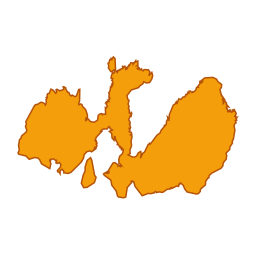 Banggai Kepulauan, Sulawesi Tengah, Indonesia, rotated 184°
{"feature_id": "22746128B2571336805106", "entity_name": "Banggai Kepulauan", "entity_type": "district", "adm_level": 2, "iso_a3": "IDN", "parent_name": "Indonesia", "parent_adm1": "Sulawesi Tengah", "projection": "albers", "projection_center": [123.185, -1.399], "detail": "fine", "context": "isolated", "style": "filled", "palette": "amber", "viewbox_px": 256, "rotation_deg": 184, "n_neighbors": 0, "source": "geoboundaries", "source_scale": "gbopen_adm2", "svg_char_len": 5887}
<svg xmlns="http://www.w3.org/2000/svg" viewBox="0 0 256 256"><g transform="rotate(184 128 128)"><path d="M127.5,58.1L125.4,59.0L124.6,68.6L120.5,74.0L121.2,74.9L120.2,75.5L118.5,74.6L116.9,70.2L109.1,61.4L103.5,64.1L100.5,64.1L96.5,65.5L97.4,65.6L96.0,66.6L95.0,65.6L92.5,66.4L88.9,66.2L84.6,69.6L81.4,70.2L80.9,70.8L81.4,70.4L82.2,70.2L81.6,70.9L80.1,71.7L79.5,71.5L80.3,70.6L75.5,73.5L73.5,73.3L73.2,75.6L72.5,75.4L71.8,76.9L69.0,74.8L67.0,70.9L64.6,68.3L55.2,66.9L53.2,67.5L51.6,69.6L51.4,72.1L46.8,76.6L46.8,80.1L44.8,83.7L43.9,83.9L43.7,86.3L41.3,88.8L32.4,94.3L30.6,97.1L30.8,98.9L29.6,101.5L27.9,103.5L27.6,107.4L28.5,109.7L25.1,113.6L24.9,116.4L22.8,120.2L23.1,122.0L22.1,124.2L21.2,133.3L22.3,137.3L22.0,139.3L20.5,140.8L21.5,142.9L20.1,143.5L20.9,144.7L20.0,146.1L21.1,145.7L21.1,147.1L22.2,147.2L21.0,150.0L23.4,153.9L25.1,153.2L24.0,152.0L25.9,151.0L26.6,152.1L27.6,151.6L27.6,153.1L28.8,152.4L27.8,151.8L28.0,151.3L29.6,151.2L30.2,153.9L31.2,154.3L31.2,156.2L29.1,156.0L31.5,158.5L32.3,158.3L31.4,158.8L31.6,159.9L34.5,163.0L34.0,161.7L34.4,161.6L34.2,159.7L34.7,159.1L34.7,162.6L35.6,162.7L34.9,163.5L36.1,164.4L34.2,163.8L36.6,166.8L36.7,166.1L39.0,172.6L37.7,175.0L37.6,178.0L41.4,180.4L43.1,182.9L46.9,184.4L55.0,183.3L58.6,180.0L57.9,179.0L57.0,179.4L57.5,178.4L58.1,178.0L59.5,179.1L59.5,176.9L61.3,174.4L60.7,173.5L62.5,173.2L63.0,170.7L64.8,168.7L65.7,168.2L65.6,168.7L66.5,169.0L65.8,168.4L66.7,167.8L68.2,169.2L69.6,169.1L69.6,168.0L70.6,167.9L69.9,166.9L71.1,166.7L71.7,164.8L71.8,165.6L72.7,165.4L73.4,162.9L75.2,162.8L77.2,160.2L79.4,160.6L80.6,156.3L81.2,155.9L81.7,157.4L82.9,155.0L84.4,154.1L87.7,144.1L87.7,138.6L88.5,138.9L88.6,141.1L89.3,141.7L88.8,139.9L90.0,137.6L90.1,134.2L91.7,133.2L91.2,132.9L94.7,128.2L95.7,125.3L98.7,122.7L104.4,113.8L105.5,114.3L105.7,113.2L106.7,113.0L109.9,105.0L111.4,104.0L113.5,98.7L113.0,102.9L113.7,105.5L116.0,104.0L117.4,100.7L119.3,99.5L121.6,99.4L126.0,101.2L124.0,102.7L124.6,105.9L123.2,110.5L124.0,115.0L123.4,119.4L123.8,121.0L125.8,121.4L123.8,121.7L124.4,123.9L126.6,124.4L125.9,126.0L126.9,127.7L125.7,127.7L125.4,128.7L126.9,132.1L126.2,132.3L126.4,134.3L127.9,136.1L126.3,141.2L125.9,139.0L125.3,143.1L125.9,143.8L126.3,142.3L127.8,143.1L128.0,146.2L129.0,147.8L128.4,149.4L129.6,151.9L128.9,155.7L130.1,156.3L131.3,160.2L127.3,166.2L120.1,169.1L119.7,170.4L116.3,173.1L115.5,175.2L113.0,174.2L109.7,174.8L107.7,178.4L107.0,182.0L108.1,185.1L110.8,181.6L110.1,185.5L111.8,187.5L116.0,187.4L116.9,186.1L118.2,186.7L118.6,187.9L120.0,186.8L120.8,188.4L121.9,187.3L122.9,187.9L121.8,188.9L122.6,190.9L123.4,190.8L122.5,191.5L122.9,195.5L125.2,194.3L125.2,195.3L127.3,192.0L127.5,193.3L129.9,193.2L130.8,190.4L131.4,190.9L132.5,188.5L133.7,187.9L132.8,187.7L133.5,186.5L134.1,186.3L133.9,187.4L134.8,186.4L133.9,188.1L134.7,187.6L135.5,189.5L136.8,188.4L138.0,189.7L137.2,187.0L139.0,186.6L140.0,185.3L140.7,185.7L142.1,183.6L142.1,184.5L142.4,184.5L142.7,182.8L144.4,184.6L145.8,196.4L147.6,197.9L148.5,196.2L149.5,196.3L148.9,195.1L149.9,194.9L149.8,195.6L151.0,194.8L151.5,191.7L152.5,191.2L151.4,188.1L151.8,186.6L149.1,183.1L148.2,183.0L146.1,185.0L145.2,182.8L146.3,181.5L147.2,182.3L148.3,178.6L148.3,176.4L146.7,176.3L147.5,174.3L146.7,173.9L146.2,171.8L146.9,171.3L146.1,170.4L146.6,169.4L147.5,170.5L147.0,168.1L147.8,167.1L148.3,167.6L148.4,164.3L149.7,161.5L149.0,160.9L149.3,158.3L148.1,156.6L148.4,155.6L148.6,155.5L148.3,156.5L149.0,157.1L148.8,154.9L150.1,154.4L148.9,153.1L151.4,152.7L152.0,151.4L150.9,151.5L151.3,150.1L150.1,148.4L151.1,146.5L152.0,146.9L151.3,140.1L154.1,140.2L154.3,139.5L155.5,140.5L156.7,140.2L158.6,138.5L158.9,133.8L162.0,131.4L165.7,131.7L168.6,134.4L169.8,134.0L169.8,133.3L170.3,132.6L170.7,132.5L170.6,135.1L169.2,135.5L169.4,138.2L171.5,143.4L174.9,146.4L175.6,148.2L176.9,148.7L178.6,147.8L178.9,148.7L178.2,151.5L178.8,163.3L179.9,162.9L181.7,156.3L183.3,155.6L186.0,157.0L186.9,156.0L188.2,156.8L189.5,159.4L190.6,159.4L192.6,162.2L193.0,163.8L194.9,164.7L195.6,164.5L194.6,162.5L196.0,161.4L198.7,160.4L201.6,161.7L202.5,161.0L201.6,159.3L202.5,157.6L205.3,160.5L207.6,161.4L209.0,157.1L210.5,156.6L211.0,155.6L210.7,153.5L211.6,152.8L210.8,152.4L211.8,150.7L211.2,147.8L212.0,145.2L213.6,147.0L216.5,147.7L220.4,145.0L221.8,145.0L223.0,143.5L230.4,127.1L229.6,124.8L230.4,122.4L228.9,119.1L229.1,117.1L233.7,112.5L234.0,110.4L235.4,108.8L236.0,103.0L234.9,98.4L236.0,95.4L235.1,94.2L227.9,93.0L224.4,89.9L219.2,92.0L215.8,91.8L213.9,90.2L211.8,86.3L203.2,82.0L202.5,87.1L204.2,91.0L203.0,89.9L202.7,91.5L199.7,91.9L197.2,89.9L197.3,90.3L197.1,90.5L197.0,89.3L197.5,88.3L195.9,87.7L194.1,88.7L192.5,87.0L192.6,84.4L195.5,80.5L195.0,79.3L193.7,79.2L192.6,77.6L192.7,80.8L190.9,82.2L189.1,80.5L188.9,78.8L184.4,78.5L181.6,80.0L172.0,91.1L170.2,95.1L169.9,98.3L167.4,101.5L164.5,102.5L162.6,101.7L158.6,105.1L158.4,106.2L161.0,103.5L159.4,105.8L159.8,106.4L158.3,106.6L157.7,108.5L158.5,109.4L158.1,110.2L159.0,109.9L158.1,110.4L158.6,112.7L159.1,113.5L159.5,112.7L160.0,113.2L159.0,116.6L154.2,122.5L155.2,122.3L155.1,123.2L152.5,125.4L148.7,125.6L147.2,128.1L145.9,127.3L145.9,126.2L143.4,124.9L146.4,123.4L143.9,121.4L143.2,116.9L141.1,114.8L140.9,118.5L140.2,118.4L140.0,115.6L139.0,116.2L139.7,115.4L137.3,112.3L137.5,110.7L136.6,110.8L134.7,108.1L134.1,108.7L133.0,105.8L132.2,105.9L132.8,107.7L131.0,106.1L131.7,102.1L134.3,99.3L135.0,95.9L134.5,92.0L132.8,91.2L131.7,89.8L132.8,90.2L133.1,88.9L134.5,90.0L135.2,89.5L135.0,90.3L138.6,92.5L140.5,92.1L145.4,82.7L144.3,83.0L144.4,82.3L143.9,82.3L143.7,81.4L144.0,82.1L144.8,81.4L145.0,82.4L146.5,81.5L146.5,82.4L149.2,80.6L148.4,79.2L141.5,74.8L140.2,69.9L135.3,64.2L133.7,59.4L132.5,58.5L127.5,58.1ZM169.5,77.5L170.7,69.7L168.0,65.4L164.6,66.0L157.7,71.2L156.4,76.7L158.0,78.4L161.9,93.3L163.3,95.8L166.5,92.8L168.0,86.3L167.8,82.2L169.5,77.5Z" fill="#f59e0b" stroke="#b45309" stroke-width="1.5"/></g></svg>